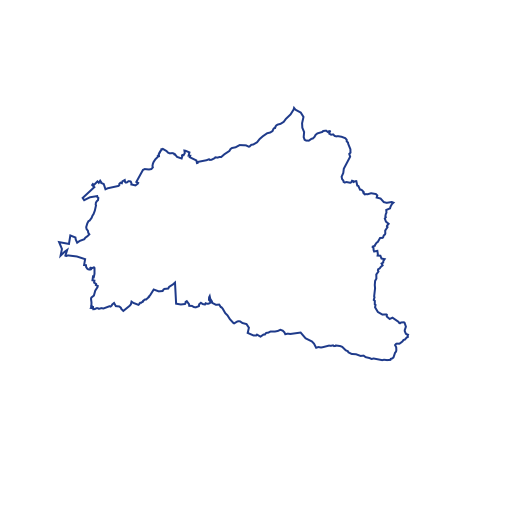 the district of Dobresti, Bihor, Romania, rotated 41°
{"feature_id": "2599482B7847015753026", "entity_name": "Dobresti", "entity_type": "district", "adm_level": 2, "iso_a3": "ROU", "parent_name": "Romania", "parent_adm1": "Bihor", "projection": "orthographic", "projection_center": [22.295, 46.866], "detail": "fine", "context": "isolated", "style": "outline", "palette": "blue", "viewbox_px": 512, "rotation_deg": 41, "n_neighbors": 0, "source": "geoboundaries", "source_scale": "gbopen_adm2", "svg_char_len": 6145}
<svg xmlns="http://www.w3.org/2000/svg" viewBox="0 0 512 512"><g transform="rotate(41 256 256)"><path d="M308.3,315.8L308.3,314.7L312.3,313.9L313.2,310.3L314.2,309.5L314.1,307.7L314.5,306.9L315.5,305.9L316.5,303.5L319.9,300.5L321.7,298.2L322.8,295.7L325.2,294.8L327.6,295.0L329.4,295.8L330.9,293.8L333.1,292.3L339.9,284.5L347.4,285.6L354.3,283.8L357.3,284.1L361.6,285.8L362.8,283.8L365.1,282.4L366.3,280.9L369.9,275.7L371.4,274.7L372.8,272.9L374.0,272.8L375.1,271.6L375.0,271.1L378.7,268.7L380.7,268.0L385.6,268.3L387.8,267.6L388.9,268.1L392.4,267.2L396.0,264.5L400.5,262.8L402.6,260.6L405.1,260.4L408.7,258.5L410.8,257.9L412.0,256.2L419.6,251.8L420.7,250.3L423.2,248.6L425.6,246.2L425.2,245.2L426.0,244.0L426.3,242.4L424.4,237.7L424.4,236.3L423.7,235.0L421.7,232.9L419.4,232.0L419.4,230.4L419.8,229.7L421.7,228.2L422.0,227.3L422.6,224.3L422.4,222.6L423.2,221.4L423.2,218.8L423.7,217.4L422.8,216.8L422.4,215.7L420.2,216.4L417.7,215.2L416.9,214.4L415.5,211.0L411.9,208.9L411.1,209.0L409.1,211.0L408.8,212.3L408.1,212.6L406.7,212.2L399.5,213.0L398.2,215.8L394.9,215.9L394.3,215.8L393.3,214.5L392.7,214.6L389.8,217.3L384.7,218.3L379.5,216.6L378.3,214.5L377.3,214.5L375.1,211.9L373.7,211.9L372.5,209.4L371.6,208.9L367.0,202.2L364.7,200.0L362.2,196.6L361.7,194.1L358.9,191.0L358.6,187.4L357.4,186.8L356.9,185.9L357.5,184.2L357.3,182.4L357.7,180.0L355.7,179.3L356.3,177.5L355.4,176.3L355.1,174.0L352.4,175.6L349.7,174.2L347.5,175.9L346.8,174.7L344.2,172.5L342.2,175.1L340.9,174.4L339.2,172.7L338.2,172.8L337.9,172.3L339.0,170.2L338.6,169.6L338.3,166.8L338.7,165.5L337.8,161.0L339.6,159.3L339.7,158.5L338.9,156.6L339.2,155.2L338.9,154.3L336.8,152.0L336.3,147.9L335.3,147.7L335.0,147.1L335.0,144.7L331.5,144.8L328.6,143.2L328.5,141.5L327.6,141.2L326.5,139.3L326.0,137.7L324.1,135.8L325.9,132.1L325.1,130.4L324.5,127.6L324.7,125.6L323.0,126.2L319.8,130.1L317.1,131.5L312.3,130.9L308.7,132.7L307.8,130.7L305.8,130.6L301.7,133.1L299.7,136.2L298.2,137.3L297.8,138.1L296.0,138.1L295.2,137.6L295.3,137.1L293.0,136.8L291.6,137.1L291.0,137.7L287.3,136.0L286.2,136.4L282.6,133.7L281.8,134.5L281.1,136.1L280.2,135.7L279.1,136.2L279.6,137.7L279.1,138.9L275.8,140.8L274.7,142.4L273.5,142.6L272.5,141.8L270.6,141.5L268.6,140.0L267.4,136.1L265.0,132.5L261.9,119.3L259.4,117.8L259.5,116.0L257.2,113.5L251.9,110.8L251.0,110.0L249.3,110.0L248.2,108.8L246.1,108.5L242.3,109.9L239.2,111.8L238.2,113.0L236.6,113.8L234.5,113.6L233.1,115.2L231.0,115.6L230.2,114.2L230.1,113.4L229.8,113.3L229.2,113.9L228.8,115.3L226.7,115.4L225.1,117.1L224.6,117.9L224.7,118.8L221.9,123.2L221.5,125.5L222.0,127.7L221.8,130.1L221.0,131.1L220.2,134.3L218.1,136.0L216.5,136.4L214.0,135.0L211.0,130.9L206.8,128.8L203.7,125.6L200.6,119.9L195.7,118.4L189.8,119.7L187.6,119.3L188.3,120.7L189.2,126.5L188.6,133.0L188.9,136.6L187.8,140.2L186.2,142.5L185.7,143.9L185.7,145.1L186.4,146.8L185.9,147.1L185.8,148.7L186.5,150.9L185.7,153.5L183.9,156.0L182.6,161.1L182.0,165.3L182.2,169.5L180.8,173.6L179.5,175.2L179.3,177.6L178.9,178.2L175.8,179.1L170.9,183.0L169.3,187.3L167.0,190.3L166.6,192.0L167.0,194.2L165.4,199.9L164.8,204.2L163.6,205.1L162.4,207.0L160.6,208.2L160.6,209.3L159.3,212.5L158.1,213.8L157.1,213.8L155.8,216.2L150.8,222.6L150.5,223.2L150.9,224.0L150.5,224.6L148.3,223.0L141.2,224.9L140.6,223.5L139.3,224.5L137.8,221.5L133.8,222.8L132.8,223.4L134.7,225.0L135.2,227.4L134.3,227.9L134.1,228.6L135.1,229.4L135.9,231.2L131.4,233.0L128.0,232.4L127.8,232.9L126.6,232.6L125.3,233.3L123.6,235.1L121.8,235.7L119.6,235.5L115.4,236.3L115.2,237.3L114.6,237.5L115.2,239.0L115.0,239.4L115.3,241.2L115.6,241.2L115.7,242.7L116.9,243.9L116.3,244.0L116.2,244.8L116.9,245.1L116.6,249.0L117.0,252.1L117.6,253.9L118.8,256.0L120.0,256.8L120.0,259.0L118.5,260.9L115.0,263.4L114.2,265.2L117.1,278.6L119.1,278.2L119.3,279.1L118.7,281.8L115.0,283.8L114.5,283.0L112.7,282.0L112.0,282.2L110.7,283.2L110.3,285.1L109.6,286.0L108.6,286.0L107.1,284.8L106.2,287.3L107.0,289.1L105.7,289.5L105.5,291.1L106.4,292.3L106.2,293.4L99.7,302.1L98.6,304.4L93.9,301.6L91.2,302.4L90.8,301.9L89.0,301.4L89.3,303.9L87.4,303.7L87.1,308.7L85.7,308.7L85.8,309.9L88.8,310.1L87.1,325.9L89.7,326.6L92.1,320.7L96.8,315.0L97.5,315.6L98.9,315.6L100.1,317.5L99.9,319.2L100.2,320.8L101.3,322.4L102.0,322.7L104.6,327.5L105.9,331.0L106.1,332.8L106.9,335.0L107.2,338.4L106.7,339.6L107.3,342.1L108.9,345.6L110.4,346.8L112.7,347.3L114.1,348.5L116.0,349.0L115.8,351.6L115.2,354.2L115.4,356.0L113.1,360.2L112.3,363.3L109.1,361.8L107.6,360.5L102.4,362.3L106.9,369.6L98.3,374.7L104.9,378.0L108.3,383.9L108.8,378.3L109.5,375.3L111.9,380.8L112.8,380.5L113.7,378.9L121.1,373.9L129.1,370.5L132.2,375.6L133.7,374.5L135.1,375.8L137.1,376.3L138.2,376.1L139.6,375.2L140.1,374.4L138.8,373.7L138.9,373.3L140.3,372.7L141.1,370.9L142.0,371.0L145.8,375.4L147.4,378.3L146.5,378.5L148.5,381.6L150.2,380.6L151.3,382.3L153.6,382.0L154.2,383.0L156.2,382.4L156.8,383.4L157.4,387.6L159.6,392.2L159.0,395.4L159.6,396.6L162.3,399.0L164.4,401.5L165.0,401.5L164.6,402.1L165.3,402.6L165.5,403.5L166.6,402.8L166.1,401.6L166.4,401.4L168.1,402.9L169.1,401.9L169.9,400.0L170.8,399.2L172.1,398.9L173.5,396.8L175.3,395.7L178.4,390.0L179.4,389.6L179.6,388.0L179.3,387.0L179.7,384.6L183.1,385.8L185.9,383.8L187.9,383.7L189.0,384.3L191.9,384.5L193.3,376.6L193.3,374.6L192.0,372.1L194.1,371.9L199.3,370.0L199.5,368.9L199.2,368.1L199.3,367.2L200.0,366.7L200.1,365.8L200.6,365.0L200.6,364.3L200.2,363.9L200.8,361.5L201.6,361.0L202.1,357.1L201.7,356.9L201.9,355.4L200.8,348.4L205.8,346.5L208.5,343.7L208.2,342.0L208.5,340.9L211.1,338.2L210.7,336.3L212.0,331.8L212.3,329.2L227.0,344.4L231.1,341.9L233.9,338.8L233.8,338.0L233.0,336.8L233.4,335.5L237.1,336.3L238.3,337.4L240.4,335.7L242.6,335.3L244.2,334.3L245.8,331.3L244.8,329.8L245.1,327.5L247.4,327.2L249.3,326.1L249.0,324.7L250.3,324.2L251.5,323.1L252.1,321.5L252.1,320.8L251.7,320.3L249.3,320.0L247.7,317.9L247.4,316.7L249.5,318.3L252.5,319.2L253.7,320.1L257.8,319.1L260.1,316.8L263.0,317.7L263.5,317.3L265.4,317.6L270.3,319.3L273.4,319.5L277.7,320.8L283.0,321.4L283.7,321.2L284.9,317.6L285.8,316.5L286.9,315.8L289.7,315.5L293.5,313.6L297.7,314.8L300.2,319.5L306.3,317.6L308.3,315.8Z" fill="none" stroke="#1e3a8a" stroke-width="2"/></g></svg>